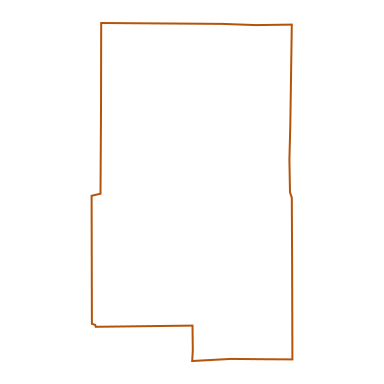 outline of Aitkin, Minnesota, United States of America
{"feature_id": "52423323B37337863606153", "entity_name": "Aitkin", "entity_type": "district", "adm_level": 2, "iso_a3": "USA", "parent_name": "United States of America", "parent_adm1": "Minnesota", "projection": "mercator", "projection_center": [-93.376, 46.592], "detail": "fine", "context": "isolated", "style": "outline", "palette": "amber", "viewbox_px": 384, "rotation_deg": 0, "n_neighbors": 0, "source": "geoboundaries", "source_scale": "gbopen_adm2", "svg_char_len": 382}
<svg xmlns="http://www.w3.org/2000/svg" viewBox="0 0 384 384"><path d="M291.8,24.6L256.0,25.1L222.7,23.9L101.2,23.0L101.0,111.3L100.5,193.7L91.6,195.8L91.9,323.8L95.2,324.9L95.7,326.8L192.5,325.6L192.8,350.4L192.2,361.0L231.3,358.9L259.2,359.2L292.4,359.4L292.1,259.3L291.8,197.8L290.0,192.3L289.4,159.7L290.3,125.4L291.8,24.6Z" fill="none" stroke="#b45309" stroke-width="2"/></svg>